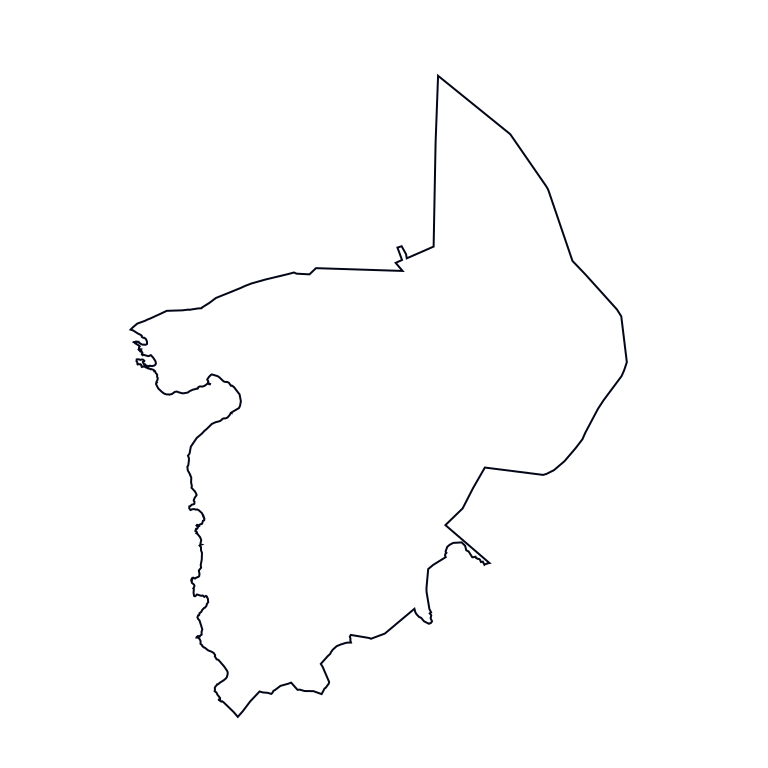 Malvik nor, Sør-Trøndelag, Norway, rotated 255°
{"feature_id": "86288312B36520451776758", "entity_name": "Malvik nor", "entity_type": "district", "adm_level": 2, "iso_a3": "NOR", "parent_name": "Norway", "parent_adm1": "Sør-Trøndelag", "projection": "orthographic", "projection_center": [10.725, 63.369], "detail": "fine", "context": "isolated", "style": "outline", "palette": "ink", "viewbox_px": 768, "rotation_deg": 255, "n_neighbors": 0, "source": "geoboundaries", "source_scale": "gbopen_adm2", "svg_char_len": 6142}
<svg xmlns="http://www.w3.org/2000/svg" viewBox="0 0 768 768"><g transform="rotate(255 384 384)"><path d="M667.7,516.0L603.8,496.3L503.9,467.5L499.5,438.5L503.7,438.9L512.5,436.7L512.3,432.3L499.1,433.5L498.0,426.6L488.4,431.2L513.5,348.3L509.2,340.4L513.2,328.1L515.0,325.9L515.0,320.1L515.6,296.8L515.4,281.9L514.7,275.3L513.9,270.7L510.6,243.9L507.6,236.5L505.0,228.0L504.4,227.4L505.1,224.0L506.1,214.8L506.5,214.4L507.3,208.5L510.9,193.1L507.8,175.4L507.4,171.7L506.9,169.6L506.2,161.3L503.6,155.8L502.1,153.3L500.6,155.6L496.5,159.3L494.2,161.9L493.4,162.5L492.3,162.2L490.9,163.4L490.7,164.4L489.2,165.6L486.9,166.0L484.9,165.8L483.9,165.3L483.6,164.0L484.6,160.8L485.1,160.1L487.8,157.6L488.3,157.8L489.1,155.6L488.6,155.4L489.3,153.3L490.0,153.4L489.3,153.0L489.1,153.7L488.0,154.0L484.0,157.7L483.5,157.8L483.0,157.0L481.9,156.5L481.2,156.6L480.8,157.4L480.6,156.0L478.4,157.1L478.5,157.5L479.6,156.9L479.7,158.0L476.6,158.7L475.8,158.3L476.1,158.2L475.7,157.5L475.8,158.2L475.6,158.3L475.2,157.8L474.3,158.3L474.6,158.9L471.9,163.6L471.9,164.9L472.3,165.9L472.1,166.4L469.0,167.9L465.5,169.1L463.1,169.1L461.9,168.3L461.3,167.0L461.3,164.9L461.6,163.6L462.3,162.6L461.9,161.3L462.4,160.9L462.2,160.0L462.4,159.7L463.1,159.5L462.9,159.0L463.4,158.6L464.9,158.2L464.9,157.7L465.7,157.0L467.7,156.8L468.0,158.2L468.5,158.5L470.0,157.4L470.4,156.1L470.3,155.0L471.3,153.5L471.8,151.5L470.0,150.8L469.0,151.3L466.8,151.0L466.6,151.2L466.9,151.7L466.3,152.9L466.3,153.6L465.6,154.3L463.4,154.4L463.6,155.0L463.0,155.5L463.3,156.6L461.9,158.0L462.4,158.3L462.3,158.6L461.8,158.6L460.0,160.2L459.5,161.5L458.6,162.4L458.7,162.9L457.2,165.2L456.1,165.3L456.2,165.6L455.8,166.1L453.7,166.4L451.8,167.3L449.6,166.7L448.2,167.0L446.7,166.3L445.3,165.0L444.7,164.7L444.2,165.0L443.6,164.0L442.7,163.8L438.1,164.8L433.7,167.5L431.5,169.3L430.2,171.3L429.7,173.2L429.2,174.0L429.3,174.8L429.2,176.5L430.5,179.9L430.3,182.0L428.8,184.0L427.0,187.3L426.6,191.0L426.6,192.4L427.4,194.5L428.0,197.9L427.9,200.3L428.1,201.6L427.7,202.2L427.9,203.1L429.0,203.8L429.3,205.4L428.5,208.1L428.7,210.3L430.2,214.2L429.0,215.1L428.8,215.8L429.1,216.0L429.7,215.0L431.3,214.4L432.1,215.0L434.1,214.4L436.2,216.8L437.7,219.4L437.8,220.2L434.6,225.4L432.9,226.8L428.1,229.7L427.2,231.0L426.4,233.3L425.3,234.5L421.9,235.7L421.8,235.9L421.9,236.6L420.0,238.2L411.3,241.8L404.4,241.3L400.2,239.3L398.3,237.7L395.9,228.9L395.4,229.0L395.6,228.5L393.9,226.8L392.1,224.1L391.8,221.8L392.2,220.7L392.2,219.2L390.8,216.6L390.6,214.5L390.7,211.6L390.0,207.4L386.5,201.2L385.2,198.4L383.3,195.4L380.4,189.2L373.5,181.2L367.0,178.1L365.5,176.1L363.0,176.4L360.7,175.8L356.1,173.9L355.1,172.7L351.3,172.1L346.7,173.3L346.4,173.2L346.3,172.4L346.0,173.3L343.4,173.6L338.9,172.2L335.2,172.0L333.6,171.2L328.9,173.7L325.8,174.3L325.0,174.1L323.3,171.9L321.1,170.2L320.5,170.0L319.3,170.5L317.4,169.8L317.1,169.1L317.2,167.1L316.1,165.2L316.2,164.3L314.4,163.7L312.4,164.4L312.4,165.5L312.7,166.2L312.3,168.3L311.3,169.8L311.2,171.1L310.0,172.4L306.6,174.6L303.8,175.4L302.4,175.5L302.7,175.2L300.0,175.5L298.9,175.0L298.7,173.7L296.1,172.1L295.9,169.6L295.4,169.0L296.2,167.1L296.7,167.7L296.3,166.9L295.1,165.5L296.2,167.0L295.3,169.0L294.6,168.8L294.5,167.8L292.6,166.2L292.4,165.5L292.8,165.4L292.8,165.0L290.9,163.8L290.5,164.4L289.2,164.9L288.6,164.9L288.4,164.2L287.3,165.1L283.4,166.8L280.3,167.0L277.6,165.5L276.6,165.3L276.2,165.9L276.2,164.8L275.7,164.0L273.9,165.0L270.6,164.2L268.1,164.5L261.5,162.5L256.6,160.1L253.9,159.8L251.8,156.9L248.2,156.6L246.2,155.7L245.8,154.9L245.5,152.4L245.0,151.2L246.3,149.6L246.3,148.6L245.1,147.4L244.0,146.9L243.8,147.0L244.0,147.6L243.1,147.0L242.1,147.4L242.3,147.2L242.2,147.0L241.6,147.0L239.7,148.4L238.4,148.7L237.5,148.4L235.9,146.9L235.3,147.3L231.6,146.0L228.5,145.7L228.0,146.2L227.9,146.8L229.1,148.9L227.2,151.8L226.7,152.9L226.6,154.2L224.9,155.3L225.4,157.1L224.6,157.9L224.3,158.0L224.7,157.7L222.3,158.3L218.7,157.7L217.4,156.0L215.7,155.1L214.3,153.2L214.3,152.4L213.0,150.2L211.1,148.4L210.3,146.4L208.8,145.8L208.5,145.4L208.6,144.6L207.0,143.4L205.0,143.7L203.3,144.6L194.0,145.0L191.8,143.6L189.1,143.0L188.8,141.8L187.7,140.6L187.8,140.0L188.4,139.9L188.7,139.1L188.2,137.7L187.6,137.3L187.3,138.7L185.3,139.9L183.0,140.3L180.5,139.5L178.6,140.8L178.1,140.6L176.2,141.7L176.0,142.4L172.2,145.2L170.1,148.1L168.1,150.0L165.7,150.7L164.7,150.1L161.3,151.1L160.7,152.3L160.1,152.8L152.7,156.4L147.6,158.2L146.2,158.4L144.2,157.9L141.4,156.2L140.4,154.9L139.3,152.5L138.0,148.3L137.0,146.2L137.1,145.1L136.3,144.5L135.7,143.2L134.3,141.9L132.4,141.6L131.1,140.9L129.4,142.3L127.0,142.7L123.1,144.4L122.0,144.1L122.0,142.8L121.5,142.7L119.4,144.6L119.6,144.9L119.6,145.3L118.2,146.6L106.0,153.9L100.3,156.6L104.4,162.8L112.1,172.7L119.2,184.2L117.5,187.0L115.8,191.7L113.8,195.0L114.7,196.4L116.3,197.9L116.6,199.5L119.2,205.8L119.3,214.3L119.6,217.0L111.0,221.3L110.5,223.7L108.0,227.8L105.6,236.3L100.6,243.5L105.3,247.8L105.6,249.0L108.9,253.1L110.3,253.9L126.9,251.5L130.0,250.5L135.7,259.2L137.3,262.3L138.4,263.1L140.6,265.7L143.0,270.4L143.6,274.8L143.8,280.1L143.7,281.5L142.8,285.2L145.0,285.1L146.7,285.7L148.7,285.6L150.2,287.0L143.2,302.4L142.2,304.4L141.3,305.4L142.7,320.2L159.0,355.2L155.4,355.2L153.2,355.8L149.9,357.6L148.6,359.3L144.5,361.2L140.8,365.3L141.0,365.7L140.9,367.2L142.3,369.0L145.6,368.4L148.4,369.8L150.6,368.8L151.2,370.4L154.8,369.6L172.2,371.3L175.9,372.2L193.8,378.8L196.5,384.6L200.8,398.8L202.8,398.6L204.3,399.6L204.8,400.6L206.0,400.1L206.5,400.3L210.3,402.9L211.6,405.6L212.0,407.1L212.6,409.7L210.9,418.0L206.7,420.5L202.1,420.4L200.3,422.4L193.9,424.4L193.6,425.1L193.5,427.7L192.3,427.8L191.4,428.9L191.0,429.0L190.3,430.7L189.5,431.2L186.9,431.6L186.8,433.5L183.4,434.2L183.7,434.8L183.9,438.6L183.8,439.5L231.8,406.8L243.5,427.8L260.3,443.0L277.2,459.8L255.0,514.2L255.1,517.7L256.8,525.9L262.8,538.5L272.6,552.7L279.3,561.4L284.8,565.8L304.7,584.3L311.4,591.8L330.2,615.6L335.1,619.5L342.2,624.2L387.9,630.7L395.7,628.3L437.3,607.1L454.1,597.9L526.1,593.1L529.6,592.8L533.2,591.8L592.6,570.6L667.7,516.0Z" fill="none" stroke="#020617" stroke-width="2"/></g></svg>